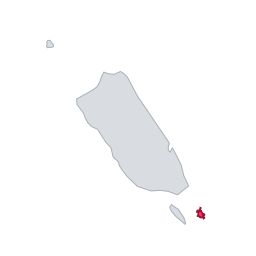 Culebra, Puerto Rico (highlighted), rotated 54°
{"feature_id": "32010507B36782575213222", "entity_name": "Culebra", "entity_type": "district", "adm_level": 2, "iso_a3": "PRI", "parent_name": "Puerto Rico", "parent_adm1": "", "projection": "natural_earth1", "projection_center": [-65.293, 18.314], "detail": "fine", "context": "in_parent", "style": "filled", "palette": "rose", "viewbox_px": 256, "rotation_deg": 54, "n_neighbors": 0, "source": "geoboundaries", "source_scale": "gbopen_adm2", "svg_char_len": 2698}
<svg xmlns="http://www.w3.org/2000/svg" viewBox="0 0 256 256"><g transform="rotate(54 128 128)"><path d="M167.0,106.5L169.7,108.5L172.3,108.2L170.2,104.0L172.2,104.0L188.8,106.6L199.5,110.9L210.5,113.0L211.1,127.2L202.7,132.9L197.1,138.9L192.6,146.2L180.8,154.7L166.5,157.2L156.9,157.4L153.4,157.2L149.9,155.7L142.8,157.1L133.9,153.4L126.3,154.3L111.2,153.4L105.5,156.6L100.1,157.4L94.8,156.8L90.3,155.3L79.1,155.4L74.3,152.6L76.3,136.4L76.5,129.1L73.8,123.0L70.8,119.2L68.6,114.7L73.0,111.7L76.6,107.4L77.8,100.9L81.8,99.3L86.4,98.6L107.8,101.6L161.9,103.3L165.0,103.8L167.0,106.5ZM228.1,141.2L221.3,141.8L216.8,141.0L215.4,138.0L223.6,135.1L233.2,135.5L238.7,137.2L239.4,138.4L228.1,141.2ZM15.7,145.9L14.9,146.0L14.1,145.9L13.7,145.6L13.2,144.7L10.7,143.1L10.1,141.7L10.7,140.2L11.7,139.7L16.8,139.5L17.3,139.6L18.3,140.7L18.3,141.4L17.8,142.1L16.9,143.9L16.5,144.3L16.2,144.8L16.1,145.6L15.7,145.9Z" fill="#d9dde1" stroke="#a8b0b8" stroke-width="1"/><path d="M234.9,116.3L235.1,116.4L235.2,116.5L235.3,116.6L235.5,116.8L235.6,117.1L235.7,117.3L235.9,117.5L235.9,117.8L236.2,118.3L236.3,118.7L236.3,119.1L236.6,118.9L236.7,119.0L236.8,119.0L237.0,119.2L237.0,119.3L237.4,119.5L237.4,119.8L237.5,120.3L237.6,120.6L237.9,120.7L237.9,120.8L238.0,121.1L238.3,121.2L238.6,121.5L238.9,121.9L239.1,121.9L239.4,122.2L239.5,122.5L239.9,123.1L240.0,123.5L240.4,123.4L240.6,123.2L240.8,123.0L240.9,122.8L241.0,122.2L241.5,121.9L241.7,121.7L241.9,121.6L242.1,121.7L242.1,122.0L242.1,122.3L242.4,122.4L242.8,122.1L243.1,121.8L243.3,121.7L243.7,121.0L243.8,121.0L243.8,120.9L243.7,120.2L243.4,119.8L243.2,119.4L242.5,119.0L242.3,118.9L242.2,118.7L241.9,118.5L241.3,118.1L240.9,118.0L240.7,118.1L240.3,118.1L240.0,118.1L239.9,118.0L239.9,117.7L239.6,117.7L239.4,118.1L239.2,118.2L238.5,118.0L238.4,117.8L238.3,117.6L238.2,117.5L238.1,117.4L237.9,117.7L237.8,117.9L237.8,118.2L237.7,118.3L237.3,118.3L237.2,118.1L237.0,117.8L237.0,117.7L236.8,117.5L236.5,117.4L236.3,117.4L236.1,117.1L235.9,116.7L235.7,116.2L235.2,116.0L234.9,116.3ZM244.3,119.1L244.3,119.3L244.7,119.6L244.9,119.7L245.0,120.0L245.6,120.2L245.8,120.2L245.7,119.4L245.8,119.2L245.5,118.9L245.2,118.8L244.9,119.2L244.6,119.2L244.3,119.1ZM235.5,120.2L235.4,120.3L235.7,120.8L235.8,120.9L236.0,121.1L236.2,121.6L236.3,121.8L236.5,121.8L236.6,121.7L236.5,121.2L236.5,120.9L236.5,120.7L236.6,120.4L236.4,120.2L236.5,119.8L236.4,119.7L236.2,119.8L236.1,120.0L235.9,120.2L235.5,120.2ZM241.9,117.1L241.9,117.3L242.2,117.5L242.4,117.8L242.7,117.9L243.0,117.9L243.3,117.9L243.5,118.0L243.6,117.8L243.6,117.6L243.3,117.5L243.2,117.2L242.9,117.0L242.5,117.0L242.4,117.0L242.1,117.0L241.9,117.1Z" fill="#f43f5e" stroke="#9f1239" stroke-width="1.5"/></g></svg>